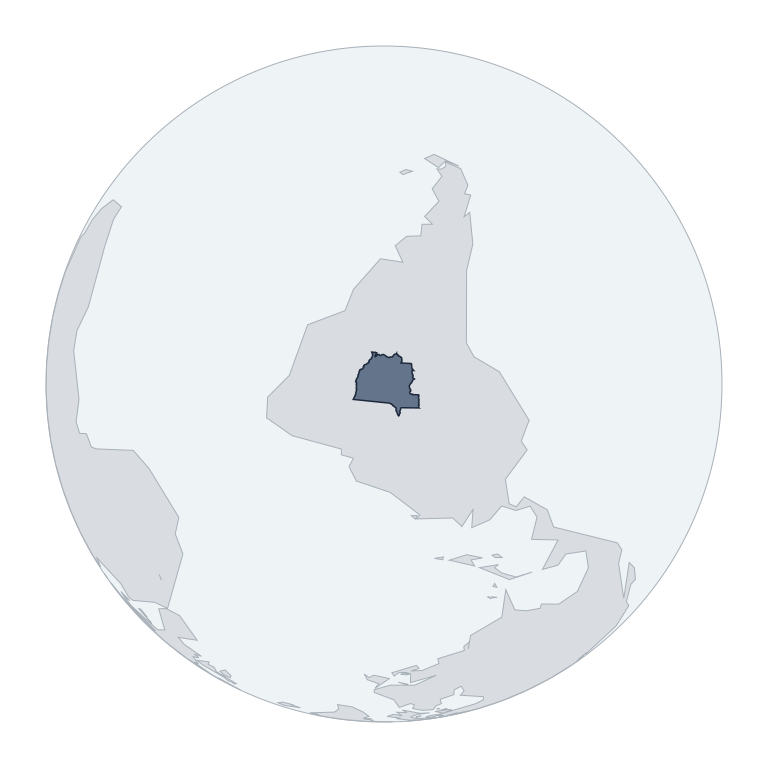 the Earth from above Mato Grosso, rotated 182°
{"feature_id": "BRA-602", "entity_name": "Mato Grosso", "entity_type": "State", "adm_level": 1, "iso_a3": "BRA", "parent_name": "Brazil", "parent_adm1": "", "projection": "orthographic", "projection_center": [-55.436, -12.685], "detail": "fine", "context": "on_globe", "style": "filled", "palette": "slate", "viewbox_px": 768, "rotation_deg": 182, "n_neighbors": 0, "source": "natural_earth", "source_scale": "10m", "svg_char_len": 11072}
<svg xmlns="http://www.w3.org/2000/svg" viewBox="0 0 768 768"><g transform="rotate(182 384 384)"><circle cx="384" cy="384" r="338" fill="#eef3f6" stroke="#a8b0b8"/><path d="M278.9,62.8L279.6,62.7L286.1,60.6L291.5,59.5L301.0,57.0L299.0,58.2L308.4,55.4L308.4,55.0L312.6,53.9L318.2,52.7L316.6,53.5L313.5,54.2L315.9,53.9L312.7,55.0L317.5,53.9L314.8,55.7L325.7,52.4L330.5,52.6L326.5,54.3L316.1,56.1L281.0,67.8L273.7,71.9L273.9,75.0L296.8,75.6L293.2,80.1L296.3,84.7L303.2,80.8L303.3,76.0L316.9,70.8L315.4,66.6L320.7,64.3L323.5,60.3L334.6,59.2L344.0,60.7L342.3,64.4L346.3,65.6L357.4,61.3L363.2,68.7L382.9,75.4L383.1,78.2L366.7,83.3L342.9,84.0L321.6,94.7L347.1,86.5L347.3,95.2L352.2,96.6L359.1,96.0L363.6,92.5L366.1,95.7L341.8,103.9L339.1,101.0L346.9,98.1L335.7,99.1L319.3,106.5L320.6,111.3L294.4,120.5L295.1,124.4L289.7,129.3L290.5,122.1L288.7,135.7L258.1,155.1L255.1,182.7L245.3,162.8L234.0,162.3L220.0,165.3L219.1,169.6L201.7,170.1L183.5,183.4L173.3,207.5L176.4,224.2L196.2,220.5L203.8,209.0L219.2,204.2L204.6,234.2L231.1,233.9L226.4,256.4L233.7,267.0L247.8,262.2L262.1,266.2L273.5,252.0L291.3,243.5L290.6,261.7L301.2,244.3L310.6,252.5L346.7,250.3L343.7,254.5L374.0,275.9L408.2,286.0L416.1,300.2L411.9,308.8L424.1,311.7L424.3,317.5L473.9,329.1L500.2,346.1L499.8,366.8L478.9,389.3L462.4,440.5L425.5,456.0L417.8,477.5L391.9,509.0L369.4,506.4L377.6,522.6L366.5,532.4L352.4,533.3L351.6,544.9L341.2,545.4L349.3,552.9L335.4,568.5L342.7,580.8L333.3,593.6L338.6,600.8L333.9,600.8L329.8,603.8L330.5,608.0L314.9,601.9L307.1,585.6L310.1,576.9L303.9,575.9L309.8,553.9L304.3,558.6L300.1,526.9L305.4,500.5L303.1,427.9L295.0,414.3L269.1,400.2L237.7,352.8L244.9,331.7L238.6,323.1L259.4,293.1L254.7,268.6L247.6,265.9L239.9,276.1L216.4,264.0L209.5,247.0L145.3,233.4L140.5,226.7L143.3,213.0L136.9,178.1L132.7,214.1L127.3,209.1L125.9,197.4L130.3,192.5L134.2,174.9L131.6,171.1L143.5,150.4L173.3,120.8L172.0,122.9L179.3,116.5L181.4,113.9L181.0,113.9L186.1,110.1L207.8,95.6L230.7,82.9L254.4,71.9L278.9,62.8ZM251.7,192.9L282.2,203.8L263.3,207.5L267.2,204.4L259.8,199.3L245.5,195.7L229.4,201.2L251.7,192.9ZM268.9,175.1L263.5,174.7L269.0,173.9L268.9,175.1ZM179.7,114.8L180.7,114.4L176.3,118.7L174.7,119.3L179.7,114.8ZM317.2,61.3L320.2,60.8L318.1,61.8L317.2,61.3ZM315.5,60.2L310.8,61.8L309.3,61.6L312.2,60.6L315.5,60.2ZM321.6,58.5L307.2,61.0L304.7,60.8L313.6,57.2L321.6,58.5ZM306.0,55.4L306.2,55.8L300.9,56.7L306.0,55.4ZM303.9,55.7L301.6,56.4L287.0,60.3L303.9,55.7ZM317.1,52.8L313.8,53.5L309.1,54.5L310.1,54.3L317.1,52.8ZM326.9,50.9L330.0,50.4L318.6,52.6L319.5,52.3L323.5,51.5L326.9,50.9ZM348.5,48.5L342.8,49.1L343.3,48.8L348.5,48.5ZM345.0,48.3L347.8,48.0L347.7,48.1L335.9,49.5L345.0,48.3ZM342.0,615.2L316.8,604.4L330.4,609.0L337.2,602.2L351.4,610.8L342.0,615.2ZM363.0,597.6L372.5,594.0L375.5,596.1L369.7,599.1L363.0,597.6ZM636.6,159.5L636.3,159.2L647.0,171.9L649.9,175.8L632.9,156.2L627.6,150.2L603.6,129.0L609.1,134.7L632.1,155.6L629.0,153.0L636.6,162.6L628.4,153.2L601.7,130.5L594.5,130.6L601.3,151.5L593.7,151.9L580.2,145.4L561.8,121.4L580.7,123.6L574.4,116.7L557.0,105.5L564.2,107.6L559.4,103.8L565.2,104.9L560.0,98.2L563.9,99.3L548.9,89.5L548.8,89.1L557.7,94.7L565.9,99.8L571.1,102.6L594.5,119.7L616.4,138.7L636.6,159.5ZM562.5,97.1L540.6,84.6L538.2,84.0L522.1,75.8L516.9,73.3L540.2,84.3L562.5,97.1ZM706.0,486.4L702.0,495.9L692.4,519.8L688.2,524.8L681.3,537.9L672.3,549.5L661.0,558.7L652.6,551.9L660.0,539.3L667.8,512.2L682.1,450.9L692.7,426.8L695.3,406.4L688.3,358.1L690.4,335.3L686.5,324.1L679.7,324.0L674.2,310.8L669.3,309.1L632.3,308.9L615.9,291.4L584.4,243.5L587.4,226.9L579.0,207.2L592.5,152.2L605.4,157.8L627.4,159.0L631.9,162.4L640.1,175.4L665.3,200.7L660.6,191.2L669.2,202.8L681.7,224.1L692.5,246.1L701.7,268.9L709.3,292.4L715.1,316.3L719.1,340.5L721.4,365.0L721.9,389.6L720.6,414.2L717.5,438.6L712.6,462.7L706.0,486.4ZM599.6,180.4L602.1,185.9L602.1,186.0L599.6,180.4ZM347.9,250.0L352.1,253.4L346.3,253.7L347.9,250.0ZM259.9,214.7L266.7,214.4L270.0,216.7L264.6,218.1L259.9,214.7ZM319.2,210.4L327.4,211.5L318.5,213.3L319.2,210.4ZM287.1,205.3L312.6,210.2L295.4,216.3L279.5,213.7L290.9,211.2L287.1,205.3ZM264.1,184.8L268.1,185.5L266.4,188.6L264.1,184.8ZM272.9,174.7L271.2,175.1L269.5,173.0L272.9,174.7ZM348.7,94.7L350.7,94.2L357.3,94.3L353.6,95.8L348.7,94.7ZM390.4,87.9L393.6,93.4L388.7,90.1L384.1,92.6L368.3,89.8L382.4,79.5L378.8,84.3L390.4,87.9ZM351.0,84.4L359.5,86.5L349.6,84.7L351.0,84.4ZM527.3,85.1L533.6,87.6L537.9,91.2L532.9,92.7L526.7,87.2L527.3,85.1ZM541.6,90.8L521.2,79.4L523.4,79.0L525.6,80.9L529.2,81.8L533.6,85.4L555.8,97.2L561.0,101.4L549.0,100.1L550.1,97.8L543.8,95.0L541.6,90.8ZM464.9,60.0L456.1,57.5L472.4,59.4L478.8,61.7L474.3,62.5L464.1,60.4L464.9,60.0ZM340.1,52.8L335.7,53.5L336.2,53.0L340.3,52.0L340.1,52.8ZM345.8,48.8L360.0,50.0L355.6,50.6L369.2,51.9L362.9,54.2L354.4,53.1L359.7,56.4L349.5,56.4L354.4,58.8L336.0,56.1L327.0,57.0L339.4,54.9L345.4,52.5L345.3,51.8L338.2,50.8L321.9,52.6L325.2,51.4L331.9,50.2L336.3,49.6L332.8,50.3L341.3,49.0L339.5,49.7L345.8,48.8ZM436.8,50.2L437.8,50.4L435.3,50.1L440.5,51.1L436.3,50.5L446.1,52.5L437.6,51.0L439.6,51.8L446.7,52.8L421.8,54.4L417.9,57.9L419.2,62.0L404.5,60.2L394.0,55.7L387.4,51.4L393.2,49.0L385.5,49.1L386.1,48.3L391.9,48.5L383.3,47.7L385.3,47.2L379.4,46.3L365.6,46.6L363.5,46.7L388.0,46.1L412.5,47.3L436.8,50.2ZM630.5,158.6L632.8,160.1L634.9,161.0L639.7,167.5L630.5,158.6ZM612.6,143.0L613.7,142.9L621.6,151.5L619.2,150.4L612.6,143.0ZM607.6,136.0L613.2,142.2L608.8,138.2L607.6,136.0ZM558.1,94.7L558.5,94.7L561.1,96.3L564.0,98.3L558.1,94.7ZM657.0,184.9L654.7,182.0L653.5,180.2L656.5,184.2L657.0,184.9Z" fill="#d9dde1" stroke="#a8b0b8" stroke-width="1"/><path d="M366.9,405.6L357.5,405.4L357.3,405.3L357.2,405.1L356.7,400.9L356.7,400.7L355.0,398.8L354.7,398.5L356.5,398.5L356.5,398.4L356.3,395.7L356.0,395.4L355.9,395.2L356.0,395.2L356.0,394.9L355.8,394.5L355.7,394.0L355.4,393.8L355.3,393.7L355.3,393.2L355.2,393.0L355.3,392.6L355.5,392.5L355.7,391.9L355.6,391.7L355.4,391.5L355.3,391.4L355.2,390.8L354.6,390.7L354.2,390.4L353.7,390.1L354.1,389.7L355.1,389.0L355.5,388.8L355.7,388.6L355.8,387.7L356.3,386.8L356.3,386.4L356.7,385.9L356.9,385.8L357.3,385.7L357.5,385.4L357.8,384.4L358.3,383.8L358.8,382.6L358.7,382.5L358.5,382.1L358.4,381.7L358.4,380.9L358.1,380.5L357.8,379.7L357.6,379.6L357.4,379.7L357.2,379.3L357.2,379.0L357.1,378.7L357.0,378.2L357.1,377.8L357.6,377.4L357.7,377.2L357.8,376.9L358.1,376.7L357.9,375.9L357.8,375.5L357.6,375.1L357.2,375.0L356.8,374.9L356.5,375.0L356.2,374.9L355.9,374.8L355.5,375.0L355.1,374.7L355.1,374.4L349.1,374.4L348.9,374.4L348.8,374.2L348.9,373.7L348.8,373.2L349.0,373.2L349.1,372.8L349.1,372.7L348.9,372.6L349.1,371.1L348.8,370.7L348.5,370.1L348.5,369.7L348.4,369.4L348.4,368.9L348.7,368.5L348.6,368.2L348.7,367.8L348.6,367.2L348.4,367.0L348.7,366.8L348.9,366.4L348.7,366.0L348.5,365.4L348.5,365.1L348.4,364.9L348.2,364.7L348.2,364.3L348.2,364.1L348.6,364.0L348.6,363.9L348.4,363.5L348.4,363.3L348.6,362.7L348.8,362.1L348.7,361.8L348.1,361.3L365.9,360.9L366.3,360.6L366.4,360.2L366.6,359.7L366.5,359.0L366.7,358.7L366.9,358.2L367.1,357.9L367.1,357.7L367.3,357.1L367.1,356.5L366.8,355.8L366.8,355.4L367.0,355.2L367.3,354.9L367.4,354.6L367.7,354.3L367.8,354.0L367.7,353.6L367.7,353.1L368.2,352.6L368.7,353.0L369.1,353.7L369.4,354.3L369.6,354.7L369.7,355.1L370.0,355.7L370.0,356.1L370.2,356.4L370.3,356.7L370.6,357.1L370.7,357.3L371.1,357.7L371.1,357.8L371.0,358.4L371.0,358.8L370.9,359.1L371.1,359.4L371.1,359.7L371.1,360.0L371.3,360.3L371.4,360.8L371.5,360.9L372.1,361.1L372.7,361.6L372.8,361.8L373.1,362.0L374.4,362.6L374.4,362.8L374.5,363.0L374.5,363.5L374.8,363.7L375.3,363.7L375.8,363.9L376.0,364.1L376.1,364.5L376.8,364.5L377.0,364.6L377.3,364.7L377.5,364.9L378.0,365.1L386.0,365.6L408.0,367.1L414.2,367.5L413.9,368.0L413.8,368.6L413.4,369.0L413.2,369.3L413.3,369.7L413.1,370.2L413.0,370.5L412.6,370.9L412.6,371.3L412.4,371.5L412.5,371.7L412.4,371.8L412.3,372.0L412.2,372.0L412.0,372.3L412.1,372.6L412.1,372.9L412.0,373.1L411.8,373.3L411.9,373.6L411.8,373.9L411.9,374.7L411.9,374.8L411.7,374.9L411.6,375.2L411.5,375.8L411.4,376.1L411.1,377.1L411.1,377.3L411.3,377.6L411.6,377.8L411.6,378.2L411.3,378.5L411.2,378.7L411.3,378.9L411.4,379.4L411.6,379.6L411.5,379.8L411.5,380.0L411.4,380.2L411.4,380.5L411.4,381.3L411.6,381.6L411.7,381.8L411.7,382.0L411.7,382.8L411.6,383.2L411.5,383.5L411.5,383.8L411.4,383.7L411.4,383.8L411.6,384.1L411.8,385.0L412.0,385.0L412.4,385.2L412.5,385.4L412.3,385.9L412.3,386.0L412.0,386.2L412.0,386.3L411.8,386.5L411.9,386.8L411.8,387.3L411.9,387.5L411.7,387.9L411.4,388.3L411.3,388.7L410.8,389.2L410.7,389.7L410.6,390.1L410.4,390.2L410.2,390.3L410.2,390.9L410.3,391.2L410.2,391.5L410.1,391.8L410.2,392.2L410.2,392.4L410.2,392.5L409.8,392.7L409.8,392.9L409.6,393.4L409.5,393.7L409.5,393.9L409.3,394.3L409.5,394.9L409.4,395.2L409.4,395.3L409.2,395.7L409.1,395.8L408.9,396.3L408.9,396.7L408.7,396.8L408.7,397.2L408.5,397.3L408.3,397.6L407.9,397.9L407.7,397.9L407.5,397.7L407.4,397.6L406.9,397.8L406.7,398.0L406.3,398.2L406.0,398.6L405.8,398.7L405.5,398.9L405.5,399.0L405.5,399.4L405.4,399.5L405.4,400.0L405.2,400.2L405.2,400.6L404.9,400.9L404.9,401.0L404.7,400.9L404.7,401.0L404.8,401.2L404.8,401.4L404.5,402.0L404.3,402.3L404.2,402.5L403.7,402.5L403.3,402.9L402.6,403.0L402.2,403.1L401.7,403.6L401.6,403.9L401.4,403.9L401.0,404.1L400.9,404.3L400.4,404.5L400.4,405.0L399.8,405.2L399.6,405.4L399.6,405.8L399.9,406.1L399.8,406.7L399.5,407.1L399.4,407.4L398.8,408.0L398.0,408.4L397.6,408.7L397.7,408.8L397.5,409.4L397.5,409.7L397.4,409.9L397.3,410.0L397.0,410.4L396.8,410.8L396.6,411.0L396.6,411.6L396.5,411.9L396.5,412.4L396.4,412.5L396.3,413.0L396.4,413.3L396.9,414.1L397.1,414.7L397.4,415.5L396.8,415.5L396.0,415.3L395.3,415.3L395.2,415.4L394.3,415.3L393.6,415.4L393.4,415.3L392.8,415.0L392.4,414.9L392.2,414.9L392.1,414.7L392.5,414.2L392.7,413.8L392.8,413.6L393.4,413.3L393.5,413.3L393.7,412.4L393.7,412.0L393.9,411.3L393.9,411.0L393.8,410.9L393.4,411.0L393.1,411.3L392.9,411.6L392.4,412.1L391.8,412.5L391.6,412.9L391.3,413.1L391.0,413.1L390.7,413.2L390.2,413.4L389.9,413.4L389.7,412.8L389.1,412.5L388.7,412.4L388.2,412.5L387.8,412.6L387.7,412.7L387.5,413.0L386.9,413.3L386.6,413.3L386.0,413.4L385.4,413.5L384.8,413.1L384.5,412.9L383.4,412.4L383.2,412.1L383.1,411.8L382.9,411.7L382.5,411.5L382.3,411.6L382.0,411.5L381.7,411.2L380.9,411.0L380.7,410.7L380.2,410.5L379.5,410.7L379.0,411.1L378.8,411.1L378.5,411.3L378.3,411.3L378.0,411.2L377.1,411.3L376.6,411.3L376.4,411.4L376.3,411.7L376.1,411.8L376.0,412.3L375.8,412.6L375.3,412.9L375.3,413.3L374.7,413.9L374.5,414.1L374.1,414.1L373.8,414.3L372.9,414.5L372.6,415.0L372.6,414.7L372.4,414.6L371.8,414.3L371.8,414.0L371.7,413.8L371.2,413.8L370.9,413.6L370.8,412.7L370.6,412.5L370.4,412.5L370.1,412.5L369.9,412.5L369.5,412.4L369.3,412.2L369.0,412.1L368.7,411.8L368.4,411.7L368.3,411.4L368.1,411.4L367.9,411.2L367.6,411.2L367.4,411.1L367.3,410.9L367.3,410.2L367.1,409.8L367.1,409.4L367.0,409.2L366.9,408.9L367.0,408.6L366.8,407.7L366.9,407.3L367.5,406.6L367.6,406.4L367.4,406.2L367.5,406.1L367.6,405.9L367.6,405.3L367.3,405.3L367.1,405.5L366.9,405.6Z" fill="#64748b" stroke="#1e293b" stroke-width="1.5"/></g></svg>